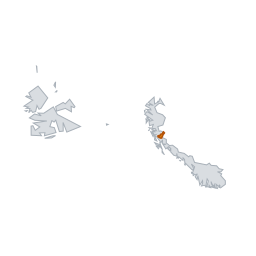 Bardu nor, Troms, Norway (highlighted), rotated 281°
{"feature_id": "86288312B82966611739072", "entity_name": "Bardu nor", "entity_type": "district", "adm_level": 2, "iso_a3": "NOR", "parent_name": "Norway", "parent_adm1": "Troms", "projection": "mercator", "projection_center": [18.319, 68.703], "detail": "fine", "context": "in_parent", "style": "filled", "palette": "amber", "viewbox_px": 256, "rotation_deg": 281, "n_neighbors": 0, "source": "geoboundaries", "source_scale": "gbopen_adm2", "svg_char_len": 4579}
<svg xmlns="http://www.w3.org/2000/svg" viewBox="0 0 256 256"><g transform="rotate(281 128 128)"><path d="M135.1,157.0L130.7,159.2L131.4,160.6L130.3,164.7L125.3,163.0L124.1,167.8L120.7,168.4L118.7,172.1L119.6,175.0L116.8,180.7L114.0,182.0L113.8,188.0L111.3,193.1L112.6,194.0L112.5,196.5L106.9,199.9L106.8,212.2L109.0,214.5L107.2,216.7L107.8,222.2L105.4,225.2L105.3,229.1L102.8,227.6L102.1,224.2L100.9,228.7L99.0,228.1L94.8,233.6L91.3,234.3L86.9,230.3L87.1,228.6L88.6,229.5L89.4,228.7L88.0,228.1L89.5,225.4L85.7,227.4L86.2,224.9L89.0,223.9L87.5,223.6L88.7,221.4L91.3,219.7L88.8,220.7L85.7,225.0L85.9,222.3L87.4,222.1L85.7,220.1L87.2,218.6L85.6,218.9L85.3,216.5L91.4,217.0L93.1,215.4L85.6,215.5L86.3,213.7L85.1,211.2L88.3,211.8L90.5,211.2L85.7,209.4L94.6,205.7L90.5,205.7L93.0,203.2L96.2,204.9L94.8,202.8L96.0,199.9L102.6,200.8L104.7,197.1L100.5,200.5L99.0,199.2L104.8,190.4L107.9,189.5L109.1,187.8L106.7,188.2L109.4,183.3L108.7,182.2L112.4,180.7L109.7,181.2L110.0,178.1L112.7,174.5L116.6,173.8L113.7,173.3L115.2,170.9L117.1,172.7L117.4,171.3L114.7,169.1L118.4,165.7L119.3,168.5L119.0,165.0L123.0,164.1L119.9,163.2L124.7,158.0L125.1,155.4L126.9,156.7L126.2,155.2L129.4,152.5L129.3,155.8L131.3,151.2L130.7,156.5L132.6,154.9L132.2,151.5L136.3,152.2L134.4,148.7L138.4,147.4L140.4,150.9L144.7,141.7L147.7,143.5L145.5,149.8L149.9,142.6L150.1,147.1L151.4,146.2L153.2,140.9L155.6,142.0L154.1,144.7L155.2,144.8L155.0,148.6L156.9,143.0L163.3,147.7L156.7,149.5L159.5,153.0L163.2,153.8L157.3,159.2L158.4,155.3L157.8,153.6L153.6,150.2L148.6,153.5L147.6,159.4L145.2,162.7L137.6,161.7L135.1,157.0ZM119.1,29.3L123.9,33.6L123.4,40.5L125.5,36.8L126.4,42.5L134.5,50.7L127.8,56.1L120.4,81.1L112.3,68.7L121.1,63.2L112.6,65.0L111.4,61.3L121.9,55.6L119.7,54.3L120.7,51.9L114.4,51.0L114.3,55.6L109.8,58.2L104.4,47.4L107.5,47.4L106.3,42.0L103.9,44.6L102.4,34.3L111.4,32.5L112.1,34.2L108.0,37.4L112.2,41.2L114.8,34.1L119.4,47.0L117.8,35.1L119.1,29.3ZM129.6,21.7L137.2,29.3L139.4,21.7L140.3,22.6L139.7,26.9L143.6,23.9L152.0,31.7L142.2,43.5L130.7,38.8L129.4,37.1L132.7,34.4L126.5,34.2L125.1,31.4L126.9,29.5L124.1,27.6L128.4,28.1L127.9,24.3L129.6,26.2L129.6,21.7ZM135.2,52.9L140.7,59.5L139.7,61.8L145.1,65.2L138.8,71.9L137.7,71.3L138.4,68.0L133.1,69.4L135.3,62.8L131.0,54.7L135.2,52.9ZM117.6,163.0L120.0,161.7L113.1,166.0L116.6,162.5L116.8,159.0L118.7,157.0L117.6,163.0ZM121.4,156.3L124.6,156.0L120.8,158.8L121.4,156.3ZM124.5,154.2L129.2,150.6L126.7,154.4L124.5,154.2ZM102.0,48.2L105.8,55.3L106.7,58.3L103.7,54.9L102.0,48.2ZM115.5,159.3L116.0,162.5L113.5,161.8L115.5,159.3ZM140.7,143.5L138.9,146.0L136.4,144.9L139.3,144.4L140.7,143.5ZM141.0,145.3L140.2,148.1L139.1,147.4L141.0,145.3ZM110.2,166.3L112.7,165.6L110.0,167.6L110.2,166.3ZM171.1,26.7L164.9,28.3L171.3,26.3L171.1,26.7ZM155.9,47.1L159.5,48.1L154.1,48.9L155.9,47.1ZM146.3,141.5L148.2,140.8L148.8,141.4L146.3,141.5ZM142.2,144.5L141.9,146.1L141.4,144.7L142.2,144.5ZM132.3,148.7L132.3,150.3L131.6,149.7L132.3,148.7ZM127.9,106.0L127.7,107.8L126.7,106.4L127.9,106.0ZM151.4,51.3L149.8,51.0L149.6,50.0L151.4,51.3ZM103.4,190.3L103.9,191.3L102.5,191.1L103.4,190.3ZM129.2,148.4L130.1,149.0L130.6,149.9L129.2,148.4ZM125.2,23.8L125.9,25.8L124.8,25.1L125.2,23.8ZM96.7,199.2L95.2,199.3L96.7,198.7L96.7,199.2ZM94.5,200.8L94.0,201.5L93.7,201.1L94.5,200.8ZM109.6,167.9L108.8,169.0L109.7,167.2L109.6,167.9ZM85.4,220.4L85.3,221.6L85.2,220.1L85.4,220.4ZM108.1,182.4L107.7,181.6L108.2,181.6L108.1,182.4ZM159.9,151.6L159.7,152.8L159.6,152.6L159.9,151.6ZM108.5,183.2L107.6,183.4L108.7,183.0L108.5,183.2ZM106.0,185.1L106.0,185.9L105.6,185.6L106.0,185.1ZM85.0,215.5L84.7,216.2L84.8,215.6L85.0,215.5Z" fill="#d9dde1" stroke="#a8b0b8" stroke-width="1"/><path d="M125.5,159.0L125.3,159.2L125.0,159.4L124.8,160.1L124.8,160.3L124.7,160.4L124.7,160.5L124.8,160.7L124.7,160.8L124.7,161.0L124.6,161.3L124.4,161.4L124.3,161.5L124.5,161.7L124.5,161.8L124.5,162.1L124.4,162.3L124.4,162.5L124.5,162.7L124.5,162.8L124.6,163.0L125.3,163.0L125.6,162.8L125.8,163.0L126.0,163.2L126.2,163.4L126.4,163.4L126.6,163.4L127.3,163.4L128.2,163.7L128.9,164.1L129.0,164.1L129.5,164.4L130.1,164.7L130.3,164.4L130.7,164.0L131.0,163.6L130.4,163.2L130.2,163.0L129.7,163.0L129.1,162.7L128.7,162.3L128.1,161.6L128.0,161.4L128.0,161.2L127.9,161.2L127.8,161.3L127.7,161.4L127.4,161.4L127.4,161.2L127.2,161.0L127.1,160.9L127.0,161.0L126.9,161.0L126.9,160.9L126.9,160.7L126.7,160.7L126.5,160.4L126.4,160.4L126.4,160.2L126.2,160.3L126.2,160.2L126.1,159.9L126.1,159.7L126.1,159.3L126.1,159.0L126.0,158.9L125.9,158.9L125.9,159.0L125.7,159.0L125.5,159.0Z" fill="#f59e0b" stroke="#b45309" stroke-width="1.5"/></g></svg>